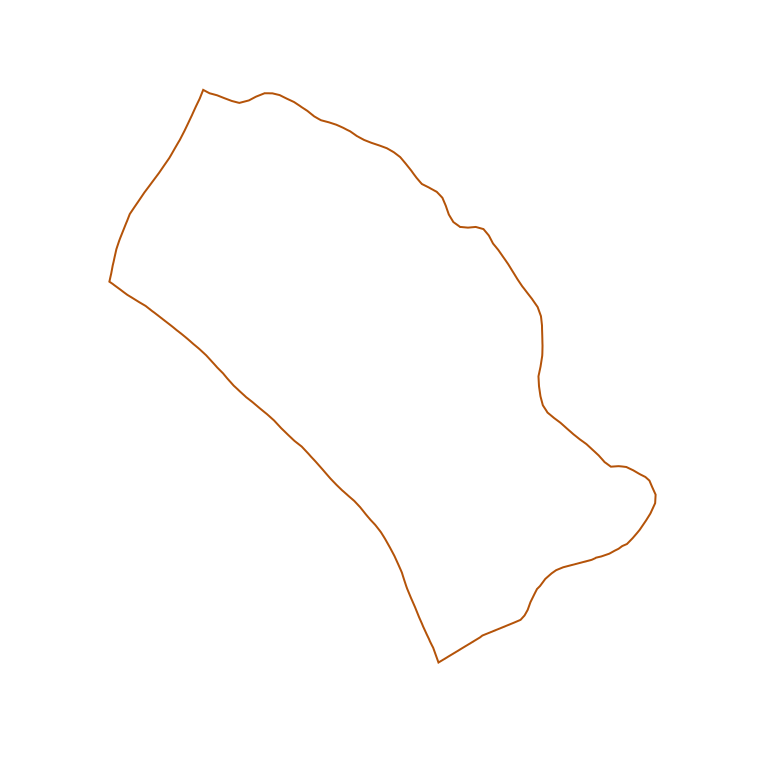 outline of Yab'uth, Hadramawt, Yemen, rotated 192°
{"feature_id": "15242507B24297046109512", "entity_name": "Yab'uth", "entity_type": "district", "adm_level": 2, "iso_a3": "YEM", "parent_name": "Yemen", "parent_adm1": "Hadramawt", "projection": "equal_earth", "projection_center": [47.741, 14.778], "detail": "fine", "context": "isolated", "style": "outline", "palette": "amber", "viewbox_px": 768, "rotation_deg": 192, "n_neighbors": 0, "source": "geoboundaries", "source_scale": "gbopen_adm2", "svg_char_len": 3474}
<svg xmlns="http://www.w3.org/2000/svg" viewBox="0 0 768 768"><g transform="rotate(192 384 384)"><path d="M272.8,122.9L237.4,156.1L235.5,158.4L207.2,177.6L201.4,181.7L198.4,186.8L196.5,192.9L195.4,201.0L193.1,210.1L191.7,215.3L189.4,218.8L185.7,226.9L180.7,233.6L176.9,237.7L170.6,242.0L144.3,255.2L141.3,257.4L140.5,258.2L135.6,260.5L128.3,264.9L123.6,269.0L120.3,271.6L117.3,275.0L113.1,278.0L108.8,284.8L105.3,291.2L103.6,294.5L101.8,298.9L99.3,305.0L96.5,312.7L94.0,323.8L95.3,332.2L100.5,339.3L104.3,344.7L109.0,347.4L114.7,348.9L116.6,349.5L122.3,351.4L126.9,352.5L129.7,353.2L134.2,352.8L137.5,352.4L144.5,350.4L144.9,350.3L150.2,352.7L152.1,353.5L152.4,353.8L159.2,358.8L166.6,363.2L168.1,364.1L173.5,367.3L180.1,370.2L180.6,370.4L188.2,374.2L195.7,378.4L201.1,381.5L203.4,382.8L205.8,383.9L210.6,386.1L218.2,390.1L219.3,391.3L224.2,396.2L228.4,404.5L231.9,414.0L234.5,423.6L234.5,429.8L234.5,433.6L235.1,444.5L235.5,447.0L236.9,454.4L237.5,456.8L239.2,464.0L240.8,470.5L241.6,474.0L243.8,480.7L244.6,483.0L249.7,491.2L256.1,497.2L256.8,497.9L262.5,502.7L266.8,506.4L269.0,508.2L275.1,514.1L281.0,520.3L281.2,520.5L281.3,520.6L281.7,521.0L287.3,526.9L291.2,530.6L293.6,532.8L300.1,538.9L306.6,544.1L311.7,550.3L312.4,551.1L318.9,556.2L326.9,556.7L334.4,554.4L341.2,553.6L342.2,553.4L342.5,553.6L349.8,556.8L355.8,563.2L359.2,568.8L360.5,571.0L365.6,578.3L372.3,582.9L379.3,585.0L380.8,585.5L388.5,587.5L390.3,588.8L395.1,592.5L399.1,596.0L401.6,598.3L408.4,603.9L415.3,609.3L422.5,612.7L430.2,615.2L437.7,616.3L446.5,617.3L454.3,618.6L462.1,620.9L465.1,622.2L469.6,624.1L473.2,625.0L477.1,626.1L481.2,627.0L484.6,627.7L492.2,628.5L496.4,628.7L500.4,628.9L502.8,629.6L508.0,631.3L515.7,635.2L522.2,637.7L523.3,638.2L524.5,638.7L530.6,641.1L538.4,642.9L542.7,644.0L546.1,644.9L553.6,645.1L561.2,643.6L568.1,639.0L568.6,638.7L569.6,637.9L575.1,633.3L583.9,628.9L585.1,628.9L591.7,629.2L595.6,629.8L599.6,630.4L607.3,631.7L612.8,632.0L615.0,632.1L617.5,632.8L622.0,634.1L623.6,624.8L625.7,616.3L627.3,609.1L627.8,606.7L628.2,605.1L629.9,597.9L631.8,590.1L634.5,580.2L635.3,577.9L637.6,570.9L639.8,564.0L641.0,560.4L644.9,551.1L647.9,543.8L651.5,536.0L652.7,533.4L654.7,529.0L658.2,521.5L661.6,513.1L665.1,504.6L668.0,497.4L669.3,489.4L669.5,488.6L671.1,479.3L672.3,472.3L672.8,469.1L673.8,460.3L673.9,451.8L673.9,447.2L674.0,443.6L673.8,435.5L673.9,427.0L670.0,425.4L668.8,424.8L661.5,421.5L657.9,419.8L653.5,417.8L647.5,415.7L640.6,413.2L635.5,411.5L633.4,410.8L625.9,407.1L623.8,406.2L618.8,403.8L611.4,400.2L603.7,396.5L601.9,395.6L597.9,393.5L596.4,392.8L591.7,390.5L585.2,387.1L578.8,383.5L572.5,380.2L563.9,375.1L556.8,370.0L554.4,368.3L550.6,365.5L547.7,363.6L543.7,361.0L538.4,356.8L530.6,351.1L528.9,350.1L522.6,346.3L517.3,343.2L516.0,342.4L514.5,341.7L508.6,338.8L500.6,334.5L494.6,331.4L492.4,330.3L484.0,325.5L475.5,319.5L466.9,314.1L461.5,310.8L459.5,309.6L451.5,305.7L443.3,300.0L440.5,297.9L434.9,294.0L426.0,287.4L422.6,284.8L416.9,280.5L413.4,278.1L409.4,275.4L402.7,271.2L401.2,270.4L394.7,266.7L388.7,263.4L382.4,259.0L381.8,258.6L375.0,253.0L372.2,250.8L368.8,248.2L367.8,247.5L363.2,244.3L358.3,240.2L356.1,238.3L351.0,233.0L350.1,232.0L344.2,225.3L339.5,219.7L338.0,217.9L332.3,210.2L328.6,205.1L327.2,203.1L325.6,200.2L323.2,196.0L320.1,190.7L318.8,188.6L313.3,180.6L307.2,172.1L301.2,163.2L297.0,157.4L295.3,154.9L290.0,147.8L286.9,143.8L285.6,141.9L282.6,138.1L281.1,136.3L272.8,122.9Z" fill="none" stroke="#b45309" stroke-width="2"/></g></svg>